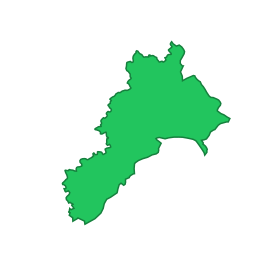 Jebel Saman, Aleppo, Syria, rotated 61°
{"feature_id": "27442178B96508006833869", "entity_name": "Jebel Saman", "entity_type": "district", "adm_level": 2, "iso_a3": "SYR", "parent_name": "Syria", "parent_adm1": "Aleppo", "projection": "orthographic", "projection_center": [37.058, 35.942], "detail": "fine", "context": "isolated", "style": "filled", "palette": "green", "viewbox_px": 256, "rotation_deg": 61, "n_neighbors": 0, "source": "geoboundaries", "source_scale": "gbopen_adm2", "svg_char_len": 5798}
<svg xmlns="http://www.w3.org/2000/svg" viewBox="0 0 256 256"><g transform="rotate(61 128 128)"><path d="M171.3,37.4L169.1,34.3L166.6,35.9L163.0,37.7L160.5,39.7L156.3,41.6L155.5,41.1L154.0,39.0L152.9,36.2L151.5,34.9L149.7,34.8L147.5,35.2L145.9,36.2L142.7,38.7L141.3,40.8L139.1,41.6L134.9,41.9L131.8,41.9L128.5,42.1L125.6,42.7L122.6,42.4L121.6,43.0L119.5,43.9L118.3,44.2L117.6,44.3L116.1,44.5L114.8,44.3L113.8,45.4L113.5,48.5L113.1,52.5L113.1,57.4L109.0,55.4L104.4,54.9L100.5,49.6L100.1,50.4L96.9,51.0L94.3,49.5L92.4,46.3L90.3,43.0L88.6,41.5L86.3,41.3L83.2,41.7L80.3,43.0L79.8,46.0L76.3,47.7L73.7,48.0L73.9,48.5L74.6,49.8L75.2,50.3L75.9,50.4L77.1,50.3L77.7,50.1L78.3,50.2L78.6,50.9L79.2,54.4L79.4,54.8L79.8,54.9L80.8,54.8L83.2,54.2L83.7,54.1L84.4,54.4L84.5,54.7L84.2,55.4L83.7,56.2L83.4,57.2L83.4,57.8L83.5,58.2L83.9,58.9L84.7,59.8L84.7,60.3L84.5,61.0L84.4,61.6L85.2,61.7L86.3,61.7L86.7,61.8L87.1,62.2L87.5,64.1L87.5,65.1L87.1,65.5L86.6,65.5L86.3,65.7L85.8,66.7L85.8,67.8L85.4,68.7L83.4,69.0L82.7,69.2L81.4,69.2L80.8,68.9L80.2,68.8L78.8,69.9L77.1,70.7L76.5,71.5L76.3,72.0L76.0,73.3L75.6,73.4L75.1,73.3L74.6,73.8L74.4,74.2L74.7,74.8L75.3,74.9L75.9,75.4L74.2,78.3L73.9,79.4L73.6,79.9L72.7,80.1L71.5,80.3L70.9,80.3L70.6,80.3L70.0,80.7L68.8,81.6L67.2,82.0L65.7,82.1L64.7,82.9L64.9,83.8L65.5,84.2L65.8,84.3L66.2,84.7L66.3,85.1L66.5,86.0L66.7,86.6L67.0,87.2L67.5,88.2L68.1,88.9L68.7,89.4L69.6,90.0L71.7,90.7L72.3,91.1L72.8,91.9L72.6,92.8L72.1,93.3L71.4,93.4L71.0,93.6L70.8,93.9L70.6,95.1L70.3,95.8L70.2,97.2L70.5,97.5L71.2,98.1L72.5,98.9L73.7,99.8L74.9,100.9L75.3,101.0L77.1,101.2L77.9,100.9L78.5,100.4L81.7,100.0L82.6,100.3L83.3,100.8L84.4,101.3L84.9,101.1L85.4,101.1L85.9,101.1L86.3,101.4L86.3,101.8L86.6,102.8L86.7,103.9L87.2,105.3L87.7,106.1L88.3,106.8L89.5,106.1L90.3,105.9L91.4,106.0L92.9,106.1L94.3,106.0L94.7,106.3L94.8,107.1L94.9,108.2L94.8,110.2L94.6,110.8L94.2,111.1L94.1,111.5L93.5,112.2L93.3,113.4L92.9,115.2L93.1,116.8L93.2,118.0L92.5,118.7L92.2,119.5L92.4,120.4L92.3,121.1L92.3,121.7L92.5,122.3L93.2,123.4L93.4,124.0L93.6,125.0L93.4,125.9L93.5,127.7L93.7,128.9L93.9,129.7L94.2,129.9L95.8,129.3L96.2,130.0L96.6,130.9L97.3,131.3L97.9,131.6L97.9,132.2L97.9,133.0L98.1,134.1L98.6,134.5L99.7,134.2L100.5,134.2L101.4,134.3L102.7,133.7L104.0,133.7L104.4,134.0L104.9,134.7L105.2,135.3L105.1,136.1L104.8,136.8L104.2,137.0L103.9,137.6L104.0,138.1L104.4,139.4L104.7,139.8L105.4,140.1L106.2,139.9L107.0,140.1L107.5,140.6L108.0,141.7L108.2,143.5L107.9,143.9L107.5,144.1L107.2,144.4L107.2,144.9L107.7,146.6L108.2,147.8L108.8,148.3L109.4,148.5L110.5,148.6L111.1,148.9L111.7,149.4L111.7,149.9L111.9,150.4L112.3,150.6L112.9,150.5L113.4,150.5L113.6,150.8L112.6,153.1L112.6,154.2L112.7,154.7L112.6,156.0L112.7,156.9L112.9,157.5L113.6,157.4L114.3,156.5L115.7,155.2L116.3,154.7L117.1,154.3L117.6,154.2L118.5,154.2L119.1,154.5L119.6,154.9L120.0,154.7L120.5,153.9L120.7,153.3L120.7,152.2L120.7,151.8L120.7,150.9L120.9,149.4L121.2,149.2L121.5,149.3L124.4,150.6L124.9,150.6L125.4,150.7L125.8,150.7L126.3,150.2L126.8,149.9L127.2,150.2L127.5,150.7L127.1,151.5L127.5,151.9L128.6,152.7L129.4,153.1L130.6,153.7L131.0,154.4L131.2,154.6L132.0,154.7L133.3,154.2L133.3,153.8L133.3,152.3L133.7,152.3L134.3,151.9L135.5,152.1L136.3,152.4L136.4,152.9L135.3,156.6L135.4,157.3L135.4,158.2L135.9,158.4L136.5,158.6L137.6,158.7L138.7,159.1L139.1,159.4L139.2,160.1L139.2,161.7L139.1,162.6L138.7,162.7L136.7,162.8L136.4,162.9L135.8,163.4L134.3,165.5L134.1,165.8L134.1,166.2L135.5,167.1L136.2,167.7L135.9,168.6L135.4,169.5L135.0,169.7L134.1,169.8L133.3,170.0L133.4,170.7L133.6,171.2L134.0,171.3L135.7,171.6L135.7,172.8L136.1,172.9L136.2,173.3L136.2,174.3L136.2,175.2L136.1,176.7L136.2,177.3L136.2,178.5L135.9,179.1L135.3,179.5L134.5,179.8L133.6,181.0L132.8,182.9L132.6,184.6L133.3,185.9L134.7,186.5L135.5,186.4L136.8,185.9L138.6,186.6L138.9,187.1L138.7,187.7L138.6,188.7L138.3,189.6L137.7,190.8L137.7,192.1L138.7,193.2L140.7,194.0L139.7,195.5L138.2,196.6L136.8,198.6L135.9,199.5L136.0,200.1L136.3,200.4L136.4,200.7L136.2,201.2L134.6,203.2L134.6,203.6L135.3,203.8L135.9,204.0L136.4,204.0L136.8,204.1L138.0,204.2L138.8,204.2L140.3,204.4L141.9,204.9L142.6,205.4L142.9,206.1L143.0,207.2L143.6,208.8L144.1,210.5L144.4,211.8L145.0,212.4L145.9,212.4L146.3,211.7L147.3,211.2L148.2,210.8L148.7,210.8L149.8,211.0L150.6,211.5L150.6,212.5L150.1,213.3L153.0,213.7L153.7,213.4L154.1,210.6L156.2,210.2L157.4,211.4L157.7,212.2L158.1,213.8L158.3,214.4L158.5,215.0L159.1,216.0L160.0,216.3L160.9,216.6L162.4,216.1L164.9,216.2L165.0,214.7L165.6,214.6L165.9,214.3L167.5,213.2L168.0,213.1L167.9,213.6L168.1,213.9L167.9,214.2L168.2,214.4L168.4,214.7L168.9,214.6L169.7,214.5L170.1,214.4L171.3,214.3L172.1,214.2L171.8,216.6L171.8,217.3L171.1,217.7L170.2,218.0L170.5,218.2L171.2,218.9L171.8,219.3L172.3,219.7L172.4,219.9L172.5,220.2L172.6,220.5L173.0,220.6L174.0,219.8L175.9,221.7L179.7,219.9L182.8,221.4L182.7,216.3L182.4,215.4L188.3,211.2L190.9,212.2L191.3,212.3L191.3,200.9L189.3,193.0L186.3,188.7L182.7,185.5L180.0,181.2L180.1,176.8L179.4,169.0L178.2,167.9L176.4,166.4L173.3,163.2L172.9,160.9L176.0,159.5L175.8,157.8L174.2,156.4L173.2,155.9L171.6,155.0L172.0,150.9L171.4,150.5L170.8,148.8L170.7,145.5L171.1,144.5L166.4,142.3L162.4,139.6L161.9,138.2L161.5,134.6L162.0,129.9L163.1,125.0L163.2,119.9L164.3,115.8L164.0,113.4L162.3,111.9L160.8,111.3L159.5,109.5L157.4,106.4L154.6,107.5L152.5,108.5L150.8,108.7L150.8,107.1L151.5,105.1L153.5,102.9L155.4,100.8L156.3,97.2L158.3,92.1L160.5,88.1L162.4,84.9L165.8,80.7L169.4,76.6L171.9,74.9L174.0,74.5L177.4,74.1L182.8,73.6L186.5,73.4L188.9,74.0L187.5,70.8L185.7,69.8L185.2,69.1L184.0,68.9L181.6,69.0L179.4,69.8L178.5,70.3L177.6,69.4L174.4,69.7L175.3,66.7L175.6,64.7L173.8,60.7L171.5,57.8L171.2,54.1L171.5,52.8L169.3,47.7L169.0,44.9L170.5,38.8L171.3,37.4Z" fill="#22c55e" stroke="#15803d" stroke-width="1.5"/></g></svg>